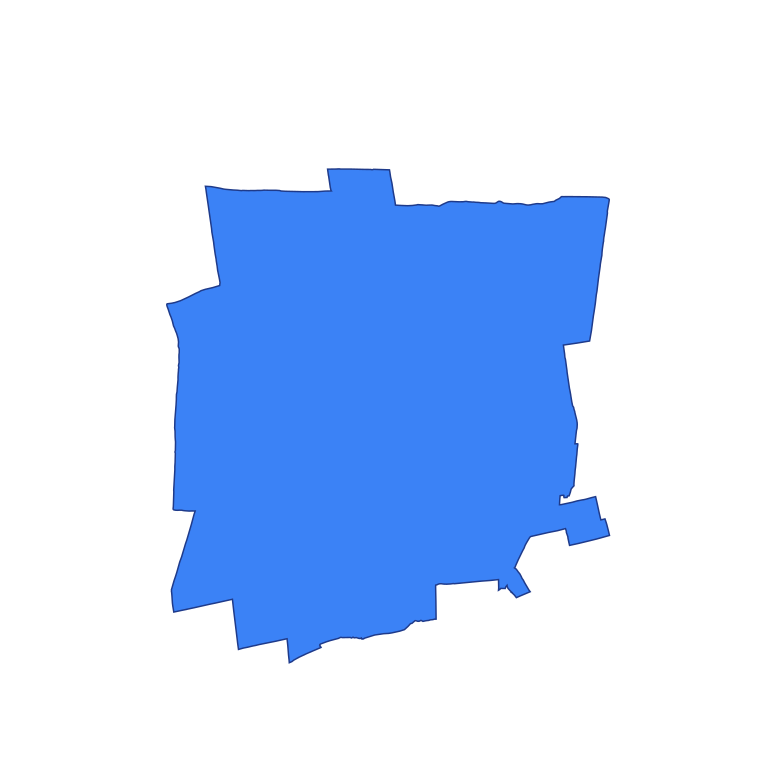 Oprisor, Mehedinti, Romania, rotated 161°
{"feature_id": "2599482B3285510863665", "entity_name": "Oprisor", "entity_type": "district", "adm_level": 2, "iso_a3": "ROU", "parent_name": "Romania", "parent_adm1": "Mehedinti", "projection": "equal_earth", "projection_center": [23.062, 44.291], "detail": "fine", "context": "isolated", "style": "filled", "palette": "blue", "viewbox_px": 768, "rotation_deg": 161, "n_neighbors": 0, "source": "geoboundaries", "source_scale": "gbopen_adm2", "svg_char_len": 6159}
<svg xmlns="http://www.w3.org/2000/svg" viewBox="0 0 768 768"><g transform="rotate(161 384 384)"><path d="M488.5,629.1L488.9,626.4L489.5,623.5L491.8,611.3L496.4,587.3L497.3,583.6L498.9,573.7L499.7,570.1L501.3,561.9L502.1,556.7L502.5,555.1L503.4,549.8L504.3,545.6L505.4,537.1L506.0,533.3L507.3,530.6L514.6,530.9L522.2,531.7L526.6,531.8L528.5,531.4L532.8,531.0L540.6,529.9L549.5,529.0L555.1,529.1L558.4,529.5L562.8,530.4L563.2,530.3L563.4,530.1L563.7,529.1L563.8,527.7L563.7,525.3L563.8,519.3L563.6,516.5L563.6,512.7L564.1,507.4L563.8,504.6L563.8,502.1L563.6,499.6L563.7,497.0L563.9,493.9L564.6,490.6L566.2,486.8L566.3,485.8L566.2,485.1L566.2,483.8L567.4,480.3L568.3,478.5L569.2,476.0L570.4,472.1L570.8,470.9L572.3,468.5L572.7,466.3L573.5,464.9L574.1,463.3L575.1,461.1L576.5,457.7L577.4,455.0L580.4,448.4L582.3,443.9L583.6,441.8L584.6,439.2L585.4,436.9L587.3,432.2L593.3,418.4L595.8,411.7L596.0,411.3L596.2,410.8L596.9,407.5L598.7,402.0L599.5,399.1L599.9,397.4L600.3,396.2L602.9,389.1L603.8,387.7L603.8,386.7L603.9,386.3L607.1,377.7L608.7,373.9L609.6,371.2L617.4,352.1L617.8,350.6L621.9,339.8L623.1,336.7L624.0,334.8L624.1,334.3L624.1,334.0L623.9,333.6L622.7,332.8L621.4,332.2L620.3,331.8L618.5,331.3L617.1,330.8L616.5,330.6L615.2,329.8L613.8,329.1L610.1,327.5L609.0,327.1L607.3,326.6L603.9,325.4L606.3,322.2L611.9,313.9L617.7,305.7L621.4,300.5L623.6,297.7L631.6,286.5L635.1,282.2L641.2,273.4L643.5,270.3L646.6,266.3L652.0,258.6L652.2,257.7L652.5,257.1L652.6,256.3L653.4,253.0L655.4,245.7L655.9,243.3L657.0,236.8L635.7,234.2L620.3,232.5L615.0,231.8L597.4,229.8L599.6,220.0L606.1,189.6L606.7,186.9L608.0,180.4L602.8,180.1L598.5,179.5L593.2,179.0L590.5,178.6L587.0,178.3L569.8,176.0L559.3,174.8L558.6,174.7L560.2,167.7L562.5,158.9L563.6,154.0L564.3,151.3L561.5,151.5L559.2,152.3L553.6,153.3L545.5,154.2L537.8,154.8L536.1,154.9L529.4,155.4L529.2,155.5L530.0,157.4L529.5,157.8L529.5,158.5L528.9,158.8L522.1,159.0L518.2,158.9L509.8,158.3L507.9,158.6L506.8,158.3L506.0,157.8L498.3,155.3L498.0,154.9L497.3,154.4L495.7,154.7L495.4,154.2L494.5,153.6L492.8,153.3L490.2,151.4L489.7,151.4L489.2,151.1L488.2,151.2L488.3,150.7L488.1,150.3L487.9,150.4L487.7,150.3L487.3,149.8L486.7,149.7L486.5,149.9L486.1,149.7L485.6,149.9L484.9,150.0L474.5,149.7L465.5,148.0L460.9,146.7L457.5,146.1L449.6,145.2L444.6,145.1L440.4,146.9L436.9,148.8L435.5,148.6L431.7,150.1L430.9,149.8L429.7,148.9L429.0,148.5L427.5,148.2L426.3,148.5L425.9,148.4L425.3,147.8L424.5,146.9L421.3,146.5L418.7,145.9L417.0,145.9L414.5,145.3L412.6,145.2L411.7,144.8L411.3,144.7L405.6,161.9L401.2,175.5L400.6,177.0L399.3,176.9L397.8,177.1L396.4,177.0L394.9,176.5L392.7,175.4L390.1,174.4L386.6,173.4L384.8,173.0L383.5,172.8L382.7,172.3L356.0,165.9L347.7,163.7L339.4,161.8L340.8,157.4L342.0,153.7L342.9,151.7L341.5,152.0L340.2,152.7L336.0,151.2L334.8,152.6L333.2,153.6L333.4,152.2L333.4,151.3L333.3,150.4L331.9,147.1L331.0,145.4L331.3,145.4L330.8,144.7L329.4,141.9L328.4,138.9L323.8,139.3L313.4,140.0L314.1,142.2L315.0,146.7L315.4,148.6L315.8,150.7L316.1,153.1L316.7,155.1L316.8,155.8L316.9,157.2L317.4,160.3L318.3,162.7L319.2,165.8L319.4,166.1L320.5,167.6L320.1,167.7L318.4,169.7L314.1,174.3L307.4,181.0L304.8,183.4L303.4,185.2L301.6,186.9L299.3,188.9L296.4,191.3L295.4,191.9L294.7,192.0L277.0,190.1L267.6,188.8L259.5,188.2L259.5,186.4L259.6,185.3L259.9,184.2L259.9,181.4L259.9,179.6L260.2,178.6L260.7,174.7L261.1,171.0L251.7,169.9L240.0,168.8L233.2,168.2L220.1,167.4L219.7,171.3L219.1,178.5L219.0,181.8L219.0,184.5L223.2,184.9L222.6,191.2L221.5,200.4L220.6,208.6L224.8,209.0L230.1,209.3L231.2,209.4L233.4,209.7L234.4,209.9L239.6,210.6L244.6,210.9L252.7,211.9L256.0,212.3L257.4,212.7L254.9,218.8L253.8,221.1L252.1,220.8L250.3,220.3L250.2,219.8L250.7,218.8L250.7,217.9L247.9,217.1L247.0,218.3L245.4,218.0L243.1,220.9L241.3,223.7L239.6,224.8L237.5,225.9L237.1,227.3L235.7,230.6L232.7,237.0L231.4,240.1L229.9,243.1L225.7,252.4L224.6,254.6L222.5,259.5L221.6,261.3L220.6,263.3L220.3,264.1L220.3,264.4L222.9,265.3L217.2,277.3L215.9,279.3L214.5,282.7L214.0,284.4L213.5,287.2L212.8,295.0L212.6,296.0L212.6,298.2L212.3,300.3L212.7,301.6L212.7,302.5L212.2,306.3L211.2,312.1L211.0,313.0L210.3,317.6L210.1,319.3L207.0,335.8L206.7,336.8L204.4,348.3L204.3,350.3L203.4,353.8L202.4,359.0L201.7,362.4L187.4,359.7L175.6,357.7L170.5,366.9L163.8,380.3L161.9,383.8L158.0,391.3L154.3,399.1L152.4,402.5L146.9,413.9L141.5,424.5L140.3,427.1L136.7,433.7L136.3,434.3L134.9,437.7L133.4,440.9L130.7,446.2L129.9,447.5L129.3,449.1L128.4,451.0L126.6,454.3L125.7,456.1L124.0,459.2L117.2,472.6L116.8,473.9L116.6,474.7L116.3,475.2L111.9,483.1L111.0,484.9L111.0,485.4L111.3,486.0L112.0,486.7L113.7,488.2L116.9,489.7L131.0,494.9L148.5,501.1L153.3,502.7L154.8,503.3L155.5,503.3L156.8,502.7L158.0,502.3L162.0,501.8L163.5,501.2L163.9,501.3L167.3,502.0L169.2,502.3L175.4,502.8L177.6,503.5L179.7,504.4L180.9,504.8L185.0,505.5L187.1,505.7L188.8,506.1L189.6,506.3L191.1,507.0L194.4,509.1L196.4,510.1L199.3,511.2L203.6,512.3L211.1,515.6L211.9,516.0L212.5,516.6L213.6,518.0L214.1,518.4L214.7,518.9L215.7,519.3L216.4,519.4L219.2,518.7L220.2,518.7L221.6,519.1L228.1,521.8L233.2,523.8L233.7,524.0L235.2,524.8L238.0,525.9L240.1,526.9L241.1,527.2L245.0,528.9L246.8,529.9L247.4,530.1L250.0,530.6L253.9,531.9L260.7,534.6L261.7,534.9L263.2,535.2L264.5,535.3L269.9,534.8L272.9,534.3L273.8,534.2L274.4,534.3L275.2,534.9L277.9,536.2L279.8,537.3L281.0,537.8L282.2,538.2L285.9,539.3L288.2,540.3L289.3,540.8L291.3,541.6L293.6,542.6L294.9,542.7L299.2,543.6L303.7,544.9L311.1,547.8L314.9,549.4L314.1,553.6L312.7,562.7L311.9,567.0L311.1,571.4L310.4,577.5L309.5,582.3L309.1,584.7L310.4,585.2L324.0,590.4L324.8,590.3L326.0,590.7L326.6,591.1L327.1,591.3L332.7,593.3L346.2,598.3L354.9,601.3L356.4,602.0L359.8,603.0L367.4,605.5L368.6,599.5L368.7,598.4L370.8,587.3L371.1,584.4L370.9,583.7L371.7,583.9L376.6,585.5L383.8,587.4L389.5,589.3L394.4,591.0L397.7,592.1L414.4,598.3L418.5,600.0L419.7,600.9L423.0,602.3L428.8,604.3L434.5,606.4L436.3,606.8L438.0,607.3L440.5,608.2L443.0,608.9L447.0,610.3L448.8,610.8L454.5,613.0L456.0,613.3L459.4,614.9L463.6,616.6L470.5,619.7L472.1,620.5L475.1,622.4L481.0,625.7L483.2,626.9L488.5,629.1Z" fill="#3b82f6" stroke="#1e3a8a" stroke-width="1.5"/></g></svg>